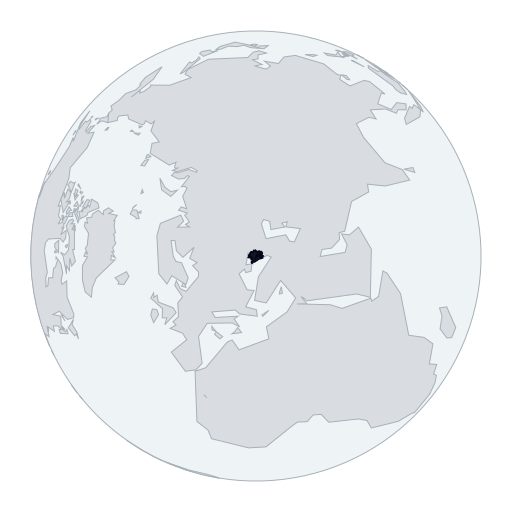 Krasnodar on an orthographic globe, rotated 297°
{"feature_id": "RUS-2371", "entity_name": "Krasnodar", "entity_type": "Territory", "adm_level": 1, "iso_a3": "RUS", "parent_name": "Russia", "parent_adm1": "", "projection": "orthographic", "projection_center": [39.522, 45.126], "detail": "fine", "context": "on_globe", "style": "filled", "palette": "ink", "viewbox_px": 512, "rotation_deg": 297, "n_neighbors": 0, "source": "natural_earth", "source_scale": "10m", "svg_char_len": 14800}
<svg xmlns="http://www.w3.org/2000/svg" viewBox="0 0 512 512"><g transform="rotate(297 256 256)"><circle cx="256" cy="256" r="225" fill="#eef3f6" stroke="#a8b0b8"/><path d="M211.2,35.2L215.1,35.1L208.9,36.1L211.2,36.2L219.2,35.2L223.9,34.5L242.7,37.2L268.7,40.0L278.5,39.3L275.1,41.1L294.8,39.3L310.0,42.1L291.8,40.1L289.2,40.9L298.9,43.0L298.3,44.3L302.6,46.3L301.0,47.9L290.5,47.2L289.3,48.4L296.3,49.9L299.0,52.9L289.0,50.4L292.8,55.5L276.0,56.4L250.4,50.4L239.9,54.1L210.6,57.0L212.2,58.8L202.1,61.8L200.1,65.3L195.2,65.3L197.9,68.1L202.7,67.4L205.5,68.6L204.8,70.7L198.4,70.9L197.9,69.9L195.6,71.1L192.7,70.4L193.8,72.0L186.2,72.4L192.6,75.2L185.6,78.3L180.8,77.7L182.9,73.5L176.9,63.4L172.7,62.4L164.8,64.7L146.6,77.5L141.3,78.5L133.1,83.0L135.2,84.0L142.4,81.1L144.4,84.7L153.0,81.2L155.1,82.3L163.3,80.9L160.3,85.8L153.0,91.6L146.0,93.3L142.6,96.1L147.9,98.6L133.6,106.3L121.8,119.8L118.3,121.6L113.9,116.9L117.4,105.8L111.7,101.6L113.6,109.4L104.8,114.5L102.6,117.7L102.1,120.6L104.7,120.8L101.4,123.8L98.2,116.8L101.2,113.9L102.2,116.0L103.8,111.1L101.6,107.2L97.3,110.6L98.5,102.7L95.5,105.2L94.0,105.2L98.8,101.6L90.2,108.2L91.0,103.2L81.6,113.4L85.4,108.9L92.7,100.9L98.6,94.8L99.0,94.5L110.9,83.7L123.6,73.8L136.9,64.8L150.8,56.8L165.3,49.8L180.3,43.8L195.6,39.0L211.2,35.2ZM33.0,224.3L31.4,242.0L30.8,252.6L30.7,254.8L30.8,261.8L30.9,264.7L34.8,293.0L39.6,312.9L41.4,322.6L41.1,323.5L36.7,307.4L33.5,291.0L31.5,274.4L30.7,257.7L31.2,240.9L33.0,224.3ZM77.0,119.3L79.3,116.4L77.5,118.7L77.0,119.3ZM226.1,34.2L219.4,35.1L212.4,35.8L218.1,34.8L226.1,34.2ZM239.3,34.2L236.0,34.7L233.7,33.8L236.3,33.8L239.3,34.2ZM285.7,38.8L280.4,38.0L285.8,38.3L285.7,38.8ZM303.5,46.4L305.2,46.2L306.8,47.4L303.5,46.4ZM164.4,78.3L163.8,79.5L162.5,79.2L164.4,78.3ZM168.4,76.6L167.4,75.3L169.1,74.3L169.8,75.1L168.4,76.6ZM305.7,51.0L307.6,53.1L303.9,50.8L305.7,51.0ZM169.3,78.5L172.4,72.8L175.6,71.1L180.6,73.1L169.3,78.5ZM307.6,54.3L312.4,59.9L316.6,59.9L307.5,63.4L306.4,57.2L301.1,54.2L305.7,55.2L307.6,54.3ZM204.5,66.4L199.4,67.1L204.3,64.6L204.5,66.4ZM207.1,64.5L218.4,56.1L225.7,56.4L220.4,59.0L230.4,58.1L228.4,62.3L222.4,63.7L218.1,62.6L220.6,65.2L207.1,64.5ZM301.6,64.8L301.2,66.2L299.6,64.6L301.6,64.8ZM207.0,68.8L208.6,67.0L215.1,67.0L213.0,70.8L211.5,69.5L207.0,68.8ZM234.0,56.0L238.4,56.9L238.0,60.5L239.6,61.4L229.0,62.5L234.0,56.0ZM209.7,70.6L211.7,72.8L208.0,74.8L205.8,70.7L209.7,70.6ZM217.6,65.5L220.6,65.7L218.2,66.8L217.6,65.5ZM196.1,83.6L197.9,81.1L201.4,80.8L196.1,83.6ZM212.7,73.5L214.0,72.8L215.6,72.5L216.1,74.3L212.7,73.5ZM229.4,65.1L228.3,66.5L233.8,64.8L233.7,67.7L226.6,68.0L229.6,69.0L229.6,70.0L223.8,69.3L229.4,65.1ZM221.4,75.4L212.3,77.2L208.2,81.9L204.9,82.2L212.2,74.7L221.4,75.4ZM223.3,71.8L221.4,74.0L218.3,73.1L217.7,71.0L223.3,71.8ZM236.2,69.6L238.2,65.1L239.6,65.2L236.2,69.6ZM220.8,76.9L223.0,76.4L220.9,77.3L220.8,76.9ZM232.1,72.0L232.6,70.3L234.3,70.4L232.1,72.0ZM227.0,77.1L224.1,77.6L223.6,76.1L227.0,77.1ZM229.8,74.9L232.0,75.5L225.2,75.3L229.8,74.1L229.8,74.9ZM233.6,72.4L234.8,72.0L233.2,73.1L233.6,72.4ZM230.5,82.7L222.0,82.7L220.9,79.3L229.4,79.7L230.5,82.7ZM81.6,336.3L73.0,299.3L79.2,292.2L81.7,278.5L125.7,254.0L133.5,261.9L166.4,269.5L170.3,272.8L164.7,283.5L188.1,305.1L197.6,297.4L220.4,309.1L236.7,310.4L245.4,289.0L218.8,286.4L215.8,274.9L238.5,267.6L262.0,270.0L261.6,265.7L248.1,255.4L254.9,247.6L243.6,251.1L247.2,255.9L240.2,258.5L236.5,254.4L239.1,251.6L232.4,249.0L221.9,263.5L224.4,269.9L206.0,269.9L208.4,280.7L202.9,284.5L196.9,267.7L198.5,262.2L186.1,242.0L182.7,247.6L194.2,267.3L190.0,265.0L185.4,273.6L185.6,265.3L173.9,243.1L158.3,241.3L135.9,256.7L127.3,254.2L121.2,245.4L131.9,224.2L149.9,232.3L153.9,225.7L152.5,212.3L158.1,216.1L159.7,211.9L166.7,214.5L178.8,207.6L186.2,209.2L193.0,196.9L197.8,196.2L192.4,203.5L192.7,209.8L211.5,214.1L215.7,212.0L218.6,203.9L223.4,206.4L223.8,198.0L235.7,196.8L221.6,191.5L224.6,182.6L232.9,177.0L231.3,173.3L217.9,182.6L214.8,187.3L216.2,192.7L205.6,205.6L198.7,206.4L200.2,189.9L190.6,189.4L196.0,177.5L229.0,158.5L241.7,156.0L258.3,170.4L254.2,175.7L246.1,173.0L251.7,183.6L252.1,178.8L256.1,181.2L260.0,173.9L263.1,175.3L261.6,166.2L265.8,167.1L266.6,172.8L275.9,163.6L285.1,163.7L285.7,161.0L283.8,158.1L296.7,160.6L296.6,158.6L292.4,156.9L289.4,151.9L289.3,144.1L293.7,145.4L294.4,148.4L302.5,156.8L303.6,165.0L305.4,164.8L305.5,158.1L295.6,147.6L294.3,142.7L299.6,146.9L297.6,144.9L298.3,142.9L303.2,142.2L297.6,137.4L299.4,115.2L309.1,112.2L313.7,118.0L319.7,105.6L330.1,104.3L326.1,102.6L326.4,96.2L323.1,96.4L321.2,95.2L320.3,80.1L323.5,78.0L318.7,70.6L316.6,69.9L313.9,70.9L307.5,63.4L316.6,59.9L320.8,61.6L323.7,58.7L332.7,63.3L341.6,66.2L349.7,73.7L356.0,75.7L356.4,74.4L365.3,76.5L382.0,86.4L366.6,84.2L341.1,72.8L351.4,77.6L348.5,78.5L351.8,81.5L359.1,85.1L360.3,84.3L369.1,101.7L385.5,117.2L385.7,110.3L391.0,110.3L409.8,124.4L429.1,158.6L436.4,161.0L440.3,165.6L441.6,173.2L436.0,166.5L432.6,168.4L429.2,163.8L429.4,174.5L424.6,168.4L427.1,180.2L431.8,182.7L433.4,175.1L437.7,188.6L446.0,190.5L452.6,200.0L457.9,229.1L454.6,245.8L455.6,249.7L451.4,250.3L450.2,262.5L461.7,272.7L462.9,278.2L458.9,297.4L458.0,293.7L446.9,295.4L448.0,310.0L456.6,311.8L459.6,320.6L454.4,323.5L450.9,316.1L447.0,316.3L445.7,304.5L438.1,291.5L432.6,300.8L430.9,293.7L419.5,285.3L410.4,298.2L397.6,328.7L399.4,347.1L393.4,358.5L377.1,339.4L370.6,322.7L364.2,327.3L347.9,316.4L318.3,323.8L314.5,319.4L308.8,323.0L297.4,319.8L291.8,311.9L284.7,313.4L299.7,333.8L307.4,332.1L314.5,322.2L317.2,329.7L328.3,334.2L314.4,355.7L271.2,376.6L267.8,362.8L239.1,321.6L240.4,316.8L240.3,316.2L240.0,315.2L236.5,323.0L231.9,314.3L246.3,344.3L248.4,356.5L270.6,377.5L268.3,379.7L275.7,383.6L300.3,375.8L300.2,380.4L288.1,401.9L254.7,428.1L259.7,442.5L258.1,453.5L238.5,459.5L241.4,466.3L231.5,467.8L231.6,470.9L224.3,473.0L211.6,473.4L188.7,468.4L186.3,466.0L173.4,457.9L155.1,436.8L159.8,429.6L157.3,421.2L140.9,396.3L144.5,385.9L140.3,379.1L131.6,376.8L126.9,368.3L121.8,365.7L90.4,351.5L81.6,336.3ZM108.9,272.5L107.3,276.5L108.9,272.5ZM286.0,283.8L300.6,283.1L295.5,269.4L300.7,268.2L297.0,264.2L295.0,268.5L286.3,257.3L293.1,252.4L292.0,246.2L287.0,246.2L276.0,257.1L288.4,272.9L284.5,279.1L286.0,283.8ZM51.3,162.2L49.4,166.7L50.7,163.4L51.3,162.2ZM57.2,149.9L52.8,158.9L53.9,156.5L57.2,149.9ZM75.7,121.1L76.2,120.5L77.7,118.5L75.7,121.1ZM105.0,114.9L105.2,115.6L103.9,118.8L103.1,117.9L105.0,114.9ZM107.0,130.8L101.5,135.5L104.9,131.3L102.6,130.6L106.8,121.4L116.8,122.1L111.5,123.2L107.0,130.8ZM115.2,110.0L111.4,115.3L115.1,109.5L115.2,110.0ZM161.7,187.7L163.3,191.8L159.6,195.8L150.1,195.1L155.5,189.1L161.7,187.7ZM166.6,196.7L170.7,181.3L176.7,181.5L172.7,183.9L176.2,185.6L170.6,190.0L172.3,205.8L169.1,210.6L153.4,205.9L160.3,204.6L158.3,200.5L166.6,196.7ZM170.6,145.8L172.5,140.3L183.2,147.7L180.2,152.1L170.6,151.3L168.4,145.8L170.6,145.8ZM177.5,83.6L177.6,81.9L179.3,81.7L180.7,83.0L177.5,83.6ZM196.7,82.5L179.2,91.3L178.4,89.7L169.2,97.5L163.4,96.3L169.5,91.1L158.2,96.4L161.4,91.3L153.9,95.4L168.2,84.2L170.7,80.2L170.2,85.0L175.4,86.1L178.5,85.4L188.8,80.7L196.6,73.1L203.1,73.5L205.6,75.8L204.7,77.6L200.8,76.7L202.4,79.8L196.1,80.0L196.7,82.5ZM231.2,108.3L227.0,105.4L229.2,113.9L222.9,113.2L223.5,114.2L218.2,116.0L213.0,120.2L210.3,119.1L209.4,121.3L205.9,122.7L203.8,125.3L198.3,124.5L195.2,127.7L194.4,125.6L190.6,131.4L190.9,126.8L186.4,128.5L188.5,132.1L164.0,123.7L153.5,124.5L144.6,128.0L146.4,120.2L155.9,112.2L168.8,105.7L178.7,106.3L177.7,102.9L182.2,102.3L181.1,105.3L185.4,100.4L188.8,100.8L200.2,96.5L204.4,89.8L208.7,88.3L208.7,91.1L213.0,87.7L216.0,92.0L219.1,91.2L225.2,94.8L223.5,101.1L227.2,99.7L232.0,102.7L231.2,108.3ZM232.1,83.8L231.5,91.0L227.7,94.3L218.6,86.6L215.4,86.9L209.4,82.5L215.1,78.0L216.2,79.6L218.7,80.1L215.9,81.3L220.0,80.7L221.7,83.0L225.3,83.3L224.1,85.5L232.1,83.8ZM175.7,269.8L178.8,271.3L184.0,272.2L181.2,277.9L175.7,269.8ZM167.4,254.8L170.5,255.0L169.1,262.9L165.8,261.6L167.4,254.8ZM173.3,248.5L170.7,254.4L170.2,250.4L173.3,248.5ZM195.3,203.4L198.7,203.3L198.6,205.3L196.2,207.8L195.3,203.4ZM236.4,134.9L234.6,132.3L235.9,131.5L236.3,124.7L241.1,124.9L242.7,129.1L236.4,134.9ZM240.2,292.5L234.9,296.4L232.7,294.2L235.0,293.3L240.2,292.5ZM206.1,288.0L213.4,292.1L205.3,289.5L206.1,288.0ZM241.7,134.0L241.3,131.2L243.9,133.1L241.7,134.0ZM244.6,124.8L247.8,126.4L241.7,124.2L244.6,124.8ZM297.3,449.0L282.9,466.5L272.1,467.4L269.6,463.3L274.6,453.1L287.0,449.0L293.0,443.1L297.3,449.0ZM474.6,310.3L474.4,311.2L474.7,309.8L474.6,310.3ZM473.6,313.4L475.0,308.5L473.0,315.8L473.6,313.4ZM476.0,304.7L475.5,306.6L476.1,304.2L476.0,304.7ZM472.4,316.9L464.0,334.8L460.1,339.8L461.5,335.6L468.0,324.9L472.4,316.9ZM461.2,336.1L454.4,338.9L441.4,330.2L446.2,325.8L459.0,324.9L458.3,328.2L462.4,327.8L461.2,336.1ZM475.5,295.9L474.6,304.0L470.5,313.4L468.3,316.8L466.9,310.9L467.8,304.6L469.7,301.1L474.4,270.8L476.6,269.5L475.8,280.7L477.5,282.7L475.5,295.9ZM400.5,348.3L406.1,355.7L402.5,359.6L400.5,348.3ZM474.2,253.7L473.7,266.6L473.5,251.9L474.2,253.7ZM472.8,241.6L473.9,244.8L472.3,243.8L472.8,241.6ZM457.6,254.8L455.6,259.5L454.6,257.0L456.4,249.6L457.6,254.8ZM457.7,208.2L461.5,215.8L462.5,219.1L459.7,216.4L457.7,208.2ZM281.7,135.0L275.8,143.8L274.7,151.0L279.0,156.1L270.4,153.0L272.1,141.9L281.7,135.0ZM296.8,117.3L293.0,113.4L296.2,112.9L297.6,113.7L296.8,117.3ZM293.3,116.5L285.6,115.9L284.5,112.3L290.8,113.5L293.3,116.5ZM263.6,124.4L261.5,126.9L259.4,125.2L263.6,124.4ZM480.5,274.5L480.6,273.6L480.5,274.5ZM478.3,281.2L478.7,283.7L480.0,274.9L479.0,283.5L479.1,286.6L478.6,290.7L478.5,287.0L477.4,296.4L476.8,298.9L477.1,293.5L478.1,282.5L478.7,276.3L480.6,264.0L478.3,281.2ZM481.2,262.5L481.1,259.1L481.0,254.4L481.2,255.2L481.2,262.5ZM479.6,252.0L478.0,250.6L477.5,257.1L477.4,240.3L479.2,244.4L479.6,252.0ZM476.6,242.8L476.3,248.7L476.0,239.9L476.6,242.8ZM475.6,247.7L474.5,244.0L475.3,241.5L475.6,247.7ZM477.0,241.0L475.3,233.2L476.6,235.8L477.0,241.0ZM471.4,236.0L474.9,236.3L472.1,241.9L467.1,228.7L467.9,224.8L471.4,236.0ZM445.2,161.9L442.3,159.1L441.7,155.0L443.9,158.1L445.2,161.9ZM437.0,140.2L440.6,153.0L443.0,164.0L444.4,163.3L449.0,171.3L444.3,169.0L439.3,156.8L438.3,149.7L433.8,143.8L430.4,136.1L424.4,130.8L421.4,126.3L426.6,129.1L437.0,140.2ZM421.8,128.9L410.0,118.4L410.9,113.8L413.7,115.0L418.7,121.6L417.9,123.7L421.8,128.9ZM407.5,114.7L406.6,116.7L387.6,108.5L383.8,105.7L398.7,108.7L398.7,110.9L403.3,114.0L407.5,114.7ZM303.7,66.5L301.5,66.2L303.1,65.4L303.7,66.5ZM319.4,95.5L317.1,93.7L319.1,92.6L319.4,95.5ZM311.9,88.2L311.2,90.7L310.1,87.5L311.9,88.2ZM310.2,96.4L310.1,91.4L312.8,97.0L310.2,96.4Z" fill="#d9dde1" stroke="#a8b0b8" stroke-width="1"/><path d="M258.8,262.4L258.0,262.1L257.6,262.1L257.3,262.8L257.1,262.7L257.0,262.4L256.6,262.1L256.5,261.9L256.3,261.8L256.1,261.6L255.8,261.3L255.6,261.0L255.5,260.8L254.9,260.3L254.7,260.1L254.5,259.8L254.1,259.7L253.8,259.3L253.4,259.1L252.6,259.0L252.5,258.9L252.3,258.9L252.2,258.8L252.0,258.4L251.9,258.3L251.9,258.2L251.7,258.2L251.6,257.9L251.4,257.7L251.1,257.5L251.2,257.8L250.7,257.7L250.6,257.8L250.4,257.7L250.2,257.5L250.0,257.4L249.9,257.0L249.8,256.9L249.5,256.4L248.6,255.9L248.4,255.9L248.2,256.0L248.0,255.8L247.9,255.7L248.3,255.6L248.6,255.5L248.9,255.3L248.9,255.2L248.4,255.2L248.4,254.9L248.5,255.1L248.6,254.9L248.4,254.8L248.2,255.1L248.2,254.8L248.6,254.6L248.8,254.7L249.2,255.0L249.4,255.1L249.3,255.3L249.2,255.4L249.2,255.5L249.7,255.4L249.9,255.3L249.5,255.2L250.0,255.1L250.5,255.0L250.4,255.1L250.5,255.1L250.6,255.3L250.8,255.1L251.0,255.3L251.1,255.2L251.1,254.9L251.0,254.6L250.9,254.5L251.0,254.2L250.8,254.1L250.8,254.3L250.8,254.5L250.7,254.8L250.7,254.7L250.7,253.9L250.8,253.8L250.9,254.0L251.0,254.0L250.9,253.8L251.4,253.5L251.4,253.3L251.6,252.7L251.7,252.4L251.8,252.4L252.0,252.3L251.9,252.4L252.0,252.4L252.0,252.7L252.0,252.9L251.9,253.1L252.0,253.2L252.1,252.7L252.2,252.4L252.3,252.3L252.3,252.1L252.5,252.0L253.0,252.4L253.4,252.4L253.4,252.1L252.7,251.7L252.2,251.0L252.1,250.9L251.8,250.9L251.8,251.0L251.6,250.9L251.4,250.6L251.2,250.0L251.2,249.9L251.5,250.1L251.8,250.1L252.0,250.1L252.2,249.8L252.5,249.8L252.6,249.7L252.7,249.9L253.1,250.0L253.5,250.0L253.5,249.9L253.4,249.8L253.2,249.6L252.9,249.7L252.9,249.8L252.9,249.6L253.0,249.5L253.0,249.3L253.2,249.2L253.4,249.2L253.7,249.2L253.8,249.3L254.3,249.3L254.3,249.7L254.2,249.8L254.2,250.2L254.3,250.1L254.8,250.2L255.0,250.1L255.1,249.9L255.2,249.5L255.6,249.5L255.8,249.4L256.1,249.4L256.1,249.5L256.7,249.5L256.9,249.5L257.3,249.6L257.6,249.7L257.6,249.9L257.6,250.0L257.4,250.1L257.4,250.4L257.9,250.5L258.0,250.8L258.1,251.0L257.9,251.2L258.1,251.2L258.2,251.5L259.3,251.4L259.4,251.6L259.8,251.6L259.8,251.4L260.0,251.4L260.0,251.6L259.9,251.8L260.0,251.8L260.0,252.0L260.3,252.2L260.4,252.3L260.5,252.5L260.5,252.9L260.6,253.0L260.8,253.0L260.7,253.2L260.8,253.3L260.8,253.5L260.5,253.5L260.4,253.8L260.2,253.8L260.1,253.7L259.7,253.8L259.6,254.4L259.8,254.5L259.9,254.8L260.0,254.8L260.1,255.2L260.2,255.3L260.2,255.6L260.8,255.5L261.1,255.6L261.1,256.0L261.3,256.2L261.4,256.5L261.9,256.5L262.0,256.6L261.9,256.8L261.8,257.3L261.6,257.5L261.3,257.6L261.3,257.8L261.5,257.9L261.5,258.0L261.9,258.3L262.1,258.4L262.2,258.5L261.9,258.7L261.9,258.9L262.1,259.0L262.2,259.3L262.1,259.5L261.9,259.9L261.7,260.0L261.5,260.3L261.2,260.3L261.0,260.2L260.9,260.1L260.6,260.1L260.4,260.0L259.9,259.8L259.7,260.0L259.9,260.2L260.0,260.5L259.9,260.5L259.7,260.7L259.6,260.9L259.4,261.2L259.4,261.4L259.4,261.5L259.3,261.8L259.4,262.0L259.3,262.3L259.2,262.2L258.8,262.4ZM256.6,256.0L256.5,255.9L256.3,255.7L256.2,255.7L256.1,255.8L255.8,256.1L255.6,256.3L255.4,256.5L255.2,256.5L254.9,256.6L254.7,256.6L254.3,256.4L254.1,256.3L254.0,256.5L253.8,256.4L253.7,256.3L253.6,256.6L253.9,256.7L254.2,257.0L254.7,257.2L255.5,257.2L255.9,257.3L256.1,257.2L256.3,257.0L256.2,256.9L256.1,256.7L255.9,256.7L255.9,256.3L256.1,256.3L256.3,256.4L256.4,256.5L256.2,256.6L256.3,256.7L256.6,256.8L256.8,256.6L257.0,256.5L257.1,256.8L257.2,257.0L257.3,257.2L257.3,257.3L257.4,257.5L257.2,257.7L257.1,257.8L257.1,258.0L257.0,258.6L256.8,258.8L256.8,259.0L257.0,259.1L257.2,259.4L257.5,259.4L257.6,259.5L257.5,259.8L257.4,259.9L257.3,260.1L257.2,260.2L256.9,259.9L256.8,259.7L256.7,259.7L256.5,259.9L256.6,260.0L256.6,260.4L256.7,260.5L256.9,260.9L257.1,260.8L257.4,261.0L257.7,261.1L258.1,261.4L258.3,261.4L258.4,261.1L258.5,260.8L258.6,260.7L258.6,260.4L258.4,260.3L258.4,259.6L258.5,259.4L258.5,259.1L258.5,258.5L258.4,258.3L258.3,258.2L258.2,258.0L258.4,257.8L258.4,257.6L258.5,257.5L258.8,257.5L258.9,257.8L259.1,258.0L259.2,258.3L259.2,258.5L259.4,258.6L259.5,258.5L259.4,258.2L259.2,257.9L259.1,257.6L259.1,257.3L258.8,256.8L258.5,256.5L258.3,256.4L258.0,256.1L257.8,256.1L257.3,256.2L257.1,256.2L256.7,256.0L256.6,256.0Z" fill="#0f172a" stroke="#020617" stroke-width="1.5"/></g></svg>